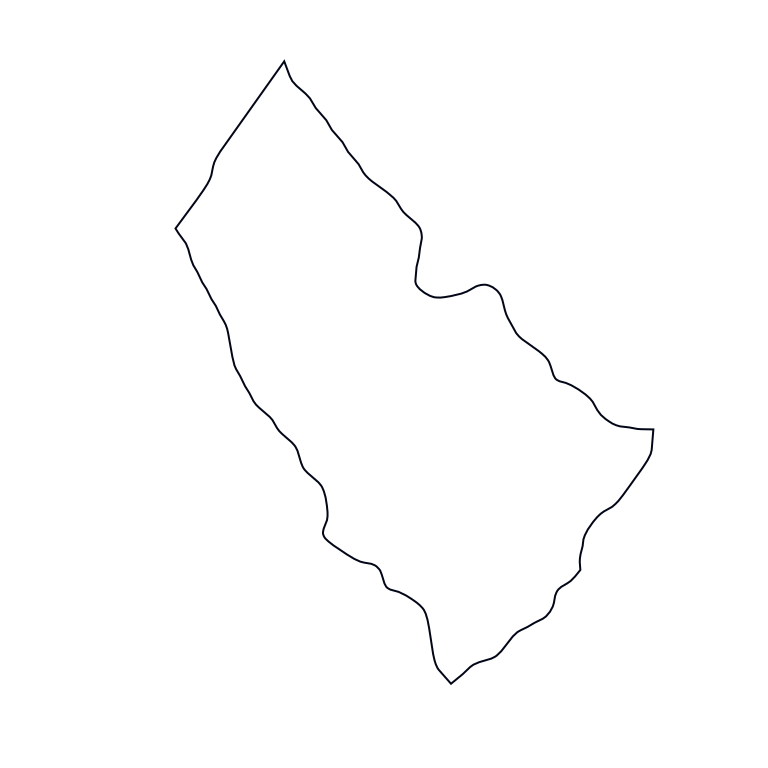 Postrer Rio, Independencia, Dominican Republic (orthographic projection), rotated 125°
{"feature_id": "3306468B53759087220335", "entity_name": "Postrer Rio", "entity_type": "district", "adm_level": 2, "iso_a3": "DOM", "parent_name": "Dominican Republic", "parent_adm1": "Independencia", "projection": "orthographic", "projection_center": [-71.638, 18.58], "detail": "fine", "context": "isolated", "style": "outline", "palette": "ink", "viewbox_px": 768, "rotation_deg": 125, "n_neighbors": 0, "source": "geoboundaries", "source_scale": "gbopen_adm2", "svg_char_len": 2974}
<svg xmlns="http://www.w3.org/2000/svg" viewBox="0 0 768 768"><g transform="rotate(125 384 384)"><path d="M591.1,157.2L576.5,153.1L566.5,151.1L562.7,149.8L557.3,146.5L547.4,138.6L543.7,136.6L541.8,135.9L535.6,134.7L516.8,133.7L510.7,132.4L507.3,130.8L500.7,127.1L493.4,123.8L485.2,119.3L481.5,118.0L475.4,117.4L469.4,118.1L465.8,119.3L459.4,122.3L455.8,123.2L453.9,123.4L452.0,123.3L448.4,122.4L441.8,119.4L438.2,118.1L432.1,117.1L423.7,116.5L417.6,121.5L414.3,123.6L410.6,125.4L402.9,128.3L396.9,131.5L392.8,132.7L386.2,133.6L377.1,133.6L370.5,133.0L366.1,132.1L362.3,130.8L353.8,126.7L349.5,125.6L345.0,124.9L338.0,124.5L326.1,124.3L304.6,124.1L295.3,124.4L288.5,125.4L284.5,126.9L266.7,137.3L273.5,147.4L275.5,150.7L278.8,158.0L283.3,166.3L284.6,170.1L285.4,174.1L285.6,178.3L285.6,182.5L284.9,188.7L283.0,194.4L278.9,202.8L277.8,206.7L277.0,212.9L276.9,221.5L277.6,229.8L278.8,235.6L281.1,241.9L281.5,245.1L281.2,246.9L279.6,250.2L273.7,257.9L271.4,261.3L270.5,263.2L269.2,267.3L268.6,271.7L268.3,276.1L268.1,296.4L267.6,300.7L266.5,304.9L258.9,320.4L256.8,323.9L254.2,327.3L247.3,335.2L244.9,338.7L243.9,340.6L242.7,344.6L242.5,346.6L242.4,350.7L243.2,354.7L243.9,356.6L244.8,358.4L247.2,361.3L250.1,363.8L251.7,364.8L260.5,369.0L265.6,372.5L273.6,379.6L278.1,384.2L280.9,387.4L283.2,390.9L284.2,392.8L285.4,396.8L286.1,403.0L285.8,409.0L284.9,412.7L284.2,414.4L283.1,416.0L281.8,417.3L269.4,424.5L260.3,428.1L251.9,432.5L243.1,436.5L241.6,437.5L238.8,440.0L236.4,443.0L235.5,444.7L234.8,446.6L233.9,450.6L232.7,462.8L232.0,466.8L230.8,470.4L227.0,479.0L226.0,483.2L225.2,492.0L224.9,510.0L224.5,514.4L223.7,518.7L222.5,522.5L218.5,530.9L214.5,546.5L209.7,556.7L205.8,572.4L201.0,582.6L197.1,598.2L192.5,608.5L191.2,614.5L189.9,626.8L188.5,632.8L185.8,637.9L176.9,650.8L287.5,651.5L294.9,651.0L299.6,650.2L304.0,648.7L312.2,645.1L316.7,644.0L321.4,643.4L328.6,643.1L340.8,643.1L376.2,644.0L378.5,638.5L382.4,627.0L385.8,621.7L392.6,613.5L396.1,608.3L399.4,601.0L405.0,591.2L408.0,583.8L413.5,573.9L416.5,566.5L421.2,558.3L424.4,551.2L426.3,547.6L428.8,544.1L431.7,540.9L448.8,523.7L454.5,517.2L456.7,513.6L460.0,506.4L465.5,496.5L468.6,489.2L473.0,480.9L474.3,477.1L475.0,473.1L476.5,458.7L477.5,454.7L481.5,446.2L482.7,442.6L483.4,438.5L484.7,426.2L485.6,422.2L486.3,420.3L488.3,416.6L496.1,406.7L498.4,403.2L499.3,401.3L499.9,399.4L500.7,395.4L502.2,381.1L503.3,377.1L504.2,375.2L506.4,371.7L510.4,366.8L516.5,360.9L521.3,356.8L524.7,354.4L528.2,352.6L537.2,350.4L540.4,349.0L541.8,347.9L542.9,346.4L543.8,344.7L544.3,342.9L544.9,338.9L545.2,332.5L544.9,316.8L544.3,307.9L543.1,301.5L541.7,297.8L538.6,291.3L537.8,287.7L537.7,285.7L538.4,281.9L539.1,280.0L541.3,276.7L547.2,269.1L548.8,265.9L549.1,264.1L548.8,260.9L545.9,252.8L544.6,244.7L544.3,238.3L544.3,231.9L544.7,227.7L545.5,223.7L546.2,221.7L548.3,218.0L552.2,213.1L558.2,206.9L577.0,188.9L581.3,184.2L583.9,180.8L586.0,177.2L586.7,175.3L591.1,157.2Z" fill="none" stroke="#020617" stroke-width="2"/></g></svg>